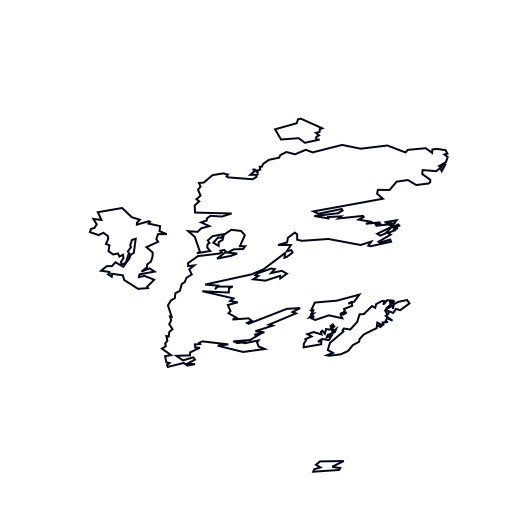 outline of Dønna nor, Nordland, Norway, rotated 204°
{"feature_id": "86288312B44883610080028", "entity_name": "Dønna nor", "entity_type": "district", "adm_level": 2, "iso_a3": "NOR", "parent_name": "Norway", "parent_adm1": "Nordland", "projection": "albers", "projection_center": [12.485, 66.133], "detail": "fine", "context": "isolated", "style": "outline", "palette": "ink", "viewbox_px": 512, "rotation_deg": 204, "n_neighbors": 0, "source": "geoboundaries", "source_scale": "gbopen_adm2", "svg_char_len": 6158}
<svg xmlns="http://www.w3.org/2000/svg" viewBox="0 0 512 512"><g transform="rotate(204 256 256)"><path d="M291.5,118.8L278.5,128.9L274.0,128.0L267.8,132.4L275.0,129.7L269.6,136.5L272.1,137.9L280.3,130.9L288.2,132.4L275.8,138.4L277.0,141.1L270.0,149.3L274.2,147.7L275.9,150.3L271.3,152.9L272.5,153.6L270.3,156.2L245.3,164.0L254.5,158.5L228.7,163.1L210.2,174.6L216.7,174.4L219.9,177.5L219.4,179.9L230.7,171.8L232.0,171.6L229.7,173.5L237.6,168.9L242.0,168.8L227.2,176.9L221.5,185.0L225.5,183.4L217.3,189.7L225.9,187.1L212.5,199.1L216.2,198.5L196.2,219.8L199.8,219.7L194.5,226.4L206.4,220.2L235.2,191.1L236.9,191.2L233.8,195.2L237.5,196.0L251.6,188.4L248.7,191.6L257.8,192.6L256.9,195.3L261.8,199.8L253.9,206.2L261.3,204.4L259.3,208.1L290.7,202.0L266.1,211.5L267.5,215.6L264.8,218.6L278.4,212.5L280.0,209.0L278.8,213.4L290.9,209.2L252.6,237.4L243.8,246.8L230.6,270.6L229.3,266.0L227.4,267.9L224.0,274.0L226.1,275.7L229.8,272.8L228.6,280.2L240.4,275.0L233.1,281.1L234.3,285.6L230.1,293.1L227.2,292.5L225.0,287.6L220.1,288.6L196.8,301.0L164.9,308.6L156.6,316.0L157.6,311.1L155.3,311.5L138.4,324.0L140.1,325.6L148.3,318.6L149.8,318.9L141.7,330.3L145.0,330.6L139.6,335.9L140.7,336.4L138.4,338.4L138.0,339.7L139.1,338.2L141.7,338.0L137.5,342.0L138.8,342.7L144.1,336.9L147.0,329.2L150.8,325.1L154.3,325.6L142.5,339.6L145.1,339.0L143.3,341.1L142.1,345.8L152.3,339.1L143.9,341.4L144.7,340.5L159.0,332.2L156.9,334.7L160.6,333.3L156.0,337.4L168.8,330.1L163.6,334.4L176.9,331.0L173.5,335.4L174.7,336.1L196.0,323.8L194.4,326.8L206.0,320.9L205.1,319.8L219.0,316.2L198.5,328.4L195.4,332.8L196.9,333.8L216.1,320.0L221.7,320.1L163.4,359.9L170.8,362.2L171.5,366.0L160.8,370.7L157.8,381.1L148.1,387.2L138.5,386.0L127.7,392.5L126.9,394.5L127.8,396.5L137.5,398.5L138.7,402.3L125.9,406.8L123.4,411.4L120.8,409.0L120.2,417.4L123.2,412.2L125.3,412.6L120.7,419.0L121.1,424.4L125.2,425.4L122.8,427.4L125.9,429.8L134.7,427.3L138.2,425.0L137.1,421.9L144.8,423.5L160.5,414.7L161.6,411.4L180.9,410.4L204.0,396.6L222.5,392.5L246.4,373.7L253.7,373.3L261.7,364.8L270.6,363.3L274.8,358.1L274.9,355.2L283.3,349.1L287.0,343.0L286.9,340.0L288.9,339.1L287.2,336.7L289.4,334.8L288.4,332.7L292.1,334.5L294.4,333.7L291.3,333.9L294.2,327.9L288.3,330.5L287.8,328.4L290.1,324.8L313.7,316.4L315.3,316.7L314.8,319.0L319.6,318.1L328.6,312.2L333.6,301.8L337.8,299.6L334.9,296.9L335.9,292.9L331.2,288.6L333.5,283.7L330.1,282.8L332.6,277.2L329.3,270.9L295.6,284.9L303.1,278.2L313.9,274.2L316.2,270.4L315.4,268.5L319.8,264.4L310.8,264.3L317.3,259.0L319.2,254.3L328.0,251.1L319.7,248.6L308.9,237.0L311.1,234.5L299.8,242.0L304.0,243.9L305.0,247.0L303.8,248.9L306.4,250.6L303.7,256.5L295.0,262.4L294.7,258.7L298.1,257.5L300.4,250.8L294.3,250.0L295.7,253.5L293.1,257.1L294.0,262.3L289.2,269.9L279.9,272.8L275.6,271.0L274.6,270.1L274.7,258.4L269.8,260.5L270.7,257.1L279.1,253.0L283.3,247.5L274.2,250.6L279.0,245.9L290.5,237.8L285.0,247.8L287.6,248.6L290.6,246.3L288.8,245.3L290.8,243.1L309.0,232.3L315.2,221.8L313.9,219.2L308.6,222.3L311.5,216.7L307.2,213.0L310.6,207.9L310.5,203.0L312.4,200.3L311.4,193.2L314.5,189.2L313.0,184.5L315.6,180.8L316.4,175.1L308.3,166.2L310.0,165.8L307.4,162.9L307.5,158.4L302.5,155.2L304.3,151.4L303.0,146.8L305.3,146.4L302.5,142.5L303.4,139.2L301.7,136.8L304.3,133.1L293.3,130.9L298.3,127.5L294.5,122.3L291.5,123.0L292.9,120.2L291.5,118.8ZM350.5,178.0L341.6,182.7L342.9,183.7L339.4,192.9L349.8,192.5L354.4,189.1L354.9,191.9L342.3,200.5L348.1,201.4L354.3,195.2L351.0,201.5L352.0,204.0L349.7,208.3L350.3,213.5L351.8,217.2L359.7,219.5L351.2,229.2L353.9,230.9L354.4,236.1L346.4,239.7L354.2,239.4L355.7,244.3L367.3,241.9L366.6,244.1L367.9,244.3L377.6,236.2L378.3,238.1L376.9,241.9L385.2,240.9L397.8,245.4L418.3,231.7L411.9,226.1L419.6,223.7L414.4,220.1L415.0,215.9L417.8,213.6L417.4,210.3L408.3,211.1L404.9,215.1L399.5,214.0L398.0,211.7L398.0,206.0L394.2,206.1L392.7,200.4L387.1,199.3L383.1,202.2L380.5,199.9L378.0,203.0L376.2,200.2L377.0,195.5L375.2,193.8L372.2,196.7L373.1,205.4L371.6,205.8L374.9,208.1L373.8,213.3L375.2,214.4L375.9,220.2L372.9,222.8L368.9,209.2L371.2,205.9L370.7,202.7L372.8,192.2L381.9,193.1L383.5,188.1L388.1,186.1L391.6,179.5L383.4,181.8L382.5,180.6L383.6,179.1L379.4,178.4L380.2,181.2L369.8,184.2L366.7,180.5L350.5,178.0ZM146.3,198.8L150.9,194.1L148.7,194.6L138.6,200.6L133.2,206.7L131.3,213.9L126.9,219.6L127.6,222.2L125.6,228.2L116.4,239.3L118.1,244.5L112.9,244.3L115.9,242.0L113.5,241.7L111.4,246.2L112.2,245.5L113.2,246.8L108.6,249.3L111.1,249.3L111.0,252.6L105.0,252.4L113.1,254.1L111.5,257.0L112.4,259.6L107.5,259.8L106.6,264.6L102.2,265.2L96.5,275.1L100.1,277.2L107.3,272.0L110.5,267.8L109.2,263.4L111.1,266.1L115.0,260.9L114.1,257.4L115.9,258.8L115.4,261.7L111.0,271.5L113.8,266.9L114.9,268.7L113.9,270.5L118.1,269.0L119.9,263.3L120.4,267.0L122.6,266.2L126.7,260.8L126.0,257.2L129.7,257.4L133.9,246.8L137.7,244.8L136.7,237.0L140.0,227.2L146.2,225.5L146.7,223.3L145.4,222.6L153.1,206.7L152.2,199.3L146.3,198.8ZM290.1,379.5L280.5,372.6L264.9,381.0L257.4,379.3L245.2,388.3L248.4,386.7L249.3,389.3L247.5,391.9L251.3,392.9L248.4,395.2L249.3,397.8L247.5,399.6L270.8,399.7L273.2,398.0L272.8,393.9L290.1,379.5ZM179.8,221.6L175.8,221.7L165.4,231.4L151.8,234.2L155.1,237.2L154.9,238.5L152.3,238.1L150.2,241.3L153.4,239.5L152.7,242.3L154.0,243.4L147.9,249.6L149.5,252.5L152.3,249.9L150.3,252.8L147.8,254.0L145.9,262.7L163.8,248.2L183.3,237.4L183.5,229.2L180.9,230.4L183.1,228.5L181.6,228.2L181.9,225.6L180.0,226.8L182.1,221.8L178.3,224.6L179.8,221.6ZM175.3,192.0L160.5,201.9L161.7,204.8L164.6,202.9L161.8,207.1L155.2,208.8L154.5,214.0L158.3,210.5L158.4,213.1L153.0,218.5L153.1,221.9L155.6,217.3L155.5,221.1L156.4,219.2L157.6,221.0L155.8,223.3L158.1,224.7L159.3,222.4L158.0,222.1L158.6,218.7L162.3,217.8L161.5,213.0L165.1,214.7L165.8,213.2L164.2,211.0L172.3,210.0L177.3,205.5L172.5,205.1L177.1,200.1L176.0,199.4L176.6,195.3L175.3,192.0ZM116.0,82.2L93.1,94.3L92.8,96.5L99.8,94.6L100.2,95.1L92.4,104.4L113.9,94.4L116.3,89.7L111.1,89.1L116.1,84.8L116.0,82.2ZM249.0,233.6L237.4,237.3L225.9,247.7L224.7,245.4L220.6,252.4L226.4,253.0L235.2,246.6L233.5,251.6L236.9,250.8L247.4,240.9L248.7,238.3L245.7,238.7L249.0,233.6Z" fill="none" stroke="#020617" stroke-width="2"/></g></svg>